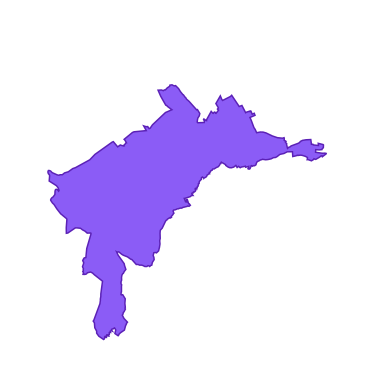 the district of Ciurea, Iasi, Romania, rotated 69°
{"feature_id": "2599482B52104755516417", "entity_name": "Ciurea", "entity_type": "district", "adm_level": 2, "iso_a3": "ROU", "parent_name": "Romania", "parent_adm1": "Iasi", "projection": "robinson", "projection_center": [27.591, 47.068], "detail": "fine", "context": "isolated", "style": "filled", "palette": "violet", "viewbox_px": 384, "rotation_deg": 69, "n_neighbors": 0, "source": "geoboundaries", "source_scale": "gbopen_adm2", "svg_char_len": 6077}
<svg xmlns="http://www.w3.org/2000/svg" viewBox="0 0 384 384"><g transform="rotate(69 192 192)"><path d="M185.5,324.1L185.8,322.6L183.7,313.8L184.2,312.4L185.9,309.1L188.2,307.7L190.1,306.0L192.4,304.8L192.3,304.7L192.9,304.3L193.9,301.5L194.3,301.1L195.2,301.5L207.0,310.5L215.2,314.6L214.9,316.2L215.5,317.2L216.2,317.4L216.2,317.9L216.6,318.5L218.0,318.6L218.7,318.3L220.0,318.9L222.5,321.0L224.9,320.9L225.6,321.5L226.8,321.7L227.0,322.4L229.4,322.3L229.7,322.7L229.6,323.2L229.8,323.3L230.5,321.7L230.7,320.6L230.6,319.8L229.9,318.6L230.4,315.3L232.0,313.9L234.3,312.8L243.2,307.5L254.4,313.6L256.9,314.6L259.2,316.0L260.0,316.2L263.3,318.0L276.5,329.6L277.1,330.5L279.1,330.0L283.9,331.4L287.7,330.9L289.7,331.6L293.2,330.7L298.0,327.4L297.8,326.6L296.8,325.7L296.1,325.7L295.7,325.0L296.9,324.4L297.1,324.0L295.4,323.4L294.8,322.8L295.2,321.6L295.8,321.6L296.2,322.1L296.6,321.4L295.8,321.5L295.5,320.3L293.6,319.6L294.0,318.4L293.2,318.5L292.6,318.1L292.7,316.9L293.3,316.3L291.9,316.6L291.4,316.3L291.4,315.3L291.6,314.8L291.3,314.3L291.2,313.0L293.5,312.6L296.5,314.7L299.7,312.5L299.3,311.7L298.6,311.1L297.8,309.3L296.7,304.6L293.1,302.0L291.6,300.4L291.2,300.3L290.4,298.9L285.7,300.8L282.0,301.2L281.3,300.2L279.9,299.3L279.5,298.4L277.4,296.1L276.7,296.2L276.2,296.1L275.8,295.6L272.0,294.6L267.8,292.6L263.0,293.5L262.8,294.6L262.7,294.9L262.2,295.0L260.0,293.9L260.0,293.7L259.4,293.4L254.4,291.5L253.5,290.9L253.0,291.1L251.4,291.0L251.2,290.7L250.3,290.4L249.1,289.3L246.5,288.4L244.6,287.3L243.4,285.9L243.3,285.2L241.9,283.7L240.6,281.5L236.3,281.3L234.6,281.0L224.5,283.6L220.9,283.8L221.4,283.4L221.5,282.3L221.7,281.8L225.0,279.9L226.4,278.8L229.4,275.5L232.6,273.4L233.6,272.3L239.7,270.0L240.3,268.4L241.6,267.0L242.0,265.6L243.0,264.2L244.6,262.8L245.4,260.9L245.0,259.5L245.4,258.8L246.4,258.2L245.8,256.9L245.9,255.8L243.5,254.2L241.6,251.6L239.4,251.0L237.4,251.0L235.0,249.4L235.3,248.0L236.1,247.0L235.0,244.3L232.0,242.2L229.0,240.5L225.9,239.6L223.9,238.3L219.0,236.6L216.7,235.5L216.1,234.9L215.1,232.8L209.9,227.3L209.2,226.3L209.1,225.4L208.6,224.8L208.0,222.1L208.0,221.8L208.5,221.7L208.3,220.2L207.4,220.1L206.2,217.8L205.4,217.0L205.3,216.5L203.2,216.5L202.5,216.1L202.3,215.6L202.6,213.9L202.5,211.5L202.9,210.5L202.7,210.1L202.9,208.5L203.4,207.2L203.1,206.4L203.7,201.7L203.5,201.0L204.3,199.9L203.8,198.3L202.0,198.8L201.7,199.3L197.4,199.1L197.2,199.6L197.3,200.6L199.3,200.7L199.0,201.2L198.8,201.5L195.2,201.5L195.4,200.6L195.7,195.1L195.1,193.7L195.6,192.3L193.5,192.8L193.0,192.2L193.3,191.2L192.6,190.7L192.8,189.9L192.5,189.8L192.6,189.0L192.1,188.2L191.7,187.9L190.9,188.1L189.9,187.7L189.9,187.2L190.7,186.6L190.0,186.4L190.0,185.6L189.2,185.4L188.9,184.4L188.3,184.2L187.8,183.5L186.7,183.2L186.6,182.3L185.2,181.7L184.5,180.8L183.5,178.7L182.4,178.3L181.9,177.9L181.8,176.8L182.5,176.6L182.8,176.1L183.5,176.1L183.3,175.8L183.1,173.7L182.6,172.7L181.5,171.6L181.5,170.8L181.1,170.2L181.3,169.0L180.0,168.9L179.9,167.7L178.9,166.8L178.8,165.2L178.2,164.8L178.0,164.1L178.4,163.0L177.9,160.6L177.8,158.4L176.9,156.8L175.5,155.3L175.4,155.1L175.7,154.8L174.7,153.9L178.5,150.8L179.2,151.0L181.5,149.5L182.7,148.3L183.5,146.6L183.7,144.1L182.9,141.5L185.3,141.1L184.7,139.4L186.6,138.3L186.4,137.0L187.1,132.9L188.1,133.0L188.4,129.9L189.9,130.7L190.3,131.4L190.7,131.2L191.1,130.4L191.2,129.9L190.9,129.3L190.4,129.0L189.3,127.7L188.7,127.4L188.8,126.7L189.6,126.3L189.5,125.0L189.9,124.2L189.8,123.6L189.5,122.5L188.3,121.7L187.0,120.2L186.9,118.0L186.6,116.8L186.8,115.2L186.7,114.5L188.3,111.7L188.9,109.5L189.4,106.2L189.1,103.7L189.7,101.6L189.4,99.7L188.6,97.2L188.4,96.2L189.0,92.4L188.6,88.7L190.4,83.8L195.0,85.2L195.5,81.8L195.4,80.7L195.9,79.3L196.0,79.4L196.5,77.4L197.2,76.1L199.4,73.3L201.1,71.9L201.4,71.9L203.1,72.9L203.3,72.1L205.7,69.3L205.1,66.2L204.8,66.1L205.9,64.8L205.2,60.4L204.6,58.5L204.8,57.7L205.8,57.7L204.5,53.2L204.1,52.9L203.4,53.9L202.5,56.5L199.2,62.4L196.8,61.3L198.3,58.1L199.0,55.5L198.5,55.2L197.7,53.5L195.2,52.4L194.7,52.6L191.8,56.7L193.9,57.3L191.5,61.9L190.8,62.0L190.3,63.4L185.6,62.3L184.1,66.9L183.4,70.3L183.6,72.6L184.4,74.0L184.6,75.4L184.5,83.0L185.0,84.3L184.9,85.5L185.5,87.2L181.1,86.6L180.9,86.3L178.9,86.9L178.4,86.1L176.7,87.4L175.2,86.7L174.3,86.6L174.2,88.2L171.9,92.8L168.3,97.1L163.4,101.7L161.6,104.1L160.5,106.7L159.8,110.4L156.2,110.6L154.1,111.1L146.2,111.0L143.2,111.2L143.0,105.7L140.8,105.7L140.9,107.9L137.8,108.0L137.8,108.8L137.2,108.7L137.0,112.6L137.2,113.5L129.1,114.4L129.1,117.3L115.9,120.3L116.6,121.9L117.5,130.6L116.1,131.0L112.4,131.1L118.0,138.0L122.8,137.2L123.1,137.3L123.7,138.5L125.1,137.9L127.2,141.4L127.0,141.7L125.8,141.9L125.4,142.5L126.2,144.0L125.8,144.4L123.6,145.2L129.6,152.3L130.5,152.8L129.8,153.4L129.9,153.6L128.1,154.7L128.6,155.3L130.0,154.9L131.5,155.7L129.4,161.8L128.6,162.1L126.5,161.0L125.0,160.0L123.6,158.0L121.6,156.6L117.0,157.4L117.0,158.2L106.2,162.3L103.4,163.8L101.5,164.1L101.0,164.5L98.2,165.2L97.9,165.6L94.2,166.8L90.6,167.5L86.8,169.2L86.8,170.0L85.9,171.3L84.8,172.2L84.3,174.3L85.2,174.9L85.7,176.6L85.8,177.5L87.1,180.2L86.8,181.2L87.1,182.5L85.8,184.0L84.8,187.2L91.4,186.9L101.5,185.4L102.1,184.7L103.4,184.2L108.0,181.3L108.3,188.3L115.1,204.8L117.5,208.3L117.4,209.3L115.1,209.9L115.2,210.2L114.0,212.2L113.0,213.4L118.3,212.7L115.0,224.6L115.1,226.3L118.5,236.5L119.8,236.0L122.5,235.6L122.4,236.0L123.4,237.5L123.7,238.5L124.0,238.9L124.6,238.8L124.6,239.2L124.3,239.3L123.8,240.4L122.4,242.1L123.2,245.2L116.8,247.4L116.8,248.6L122.1,269.1L125.3,275.9L127.5,292.1L127.4,294.9L128.8,300.2L128.5,304.1L129.4,306.9L128.6,309.0L128.7,310.2L127.8,311.6L123.8,315.6L121.7,316.5L120.6,317.8L120.5,318.4L121.4,319.2L122.3,319.5L123.6,319.5L124.6,319.0L125.8,319.1L130.6,321.4L137.5,316.3L140.0,315.5L142.9,315.6L143.4,316.2L141.6,316.8L140.9,317.6L140.8,318.5L142.0,319.5L145.2,320.9L146.8,323.4L147.1,324.7L147.9,326.1L148.7,326.8L149.2,326.9L152.3,326.2L154.2,325.3L159.4,324.2L165.3,322.4L172.0,318.6L172.9,318.7L180.3,322.2L185.5,324.1Z" fill="#8b5cf6" stroke="#5b21b6" stroke-width="1.5"/></g></svg>